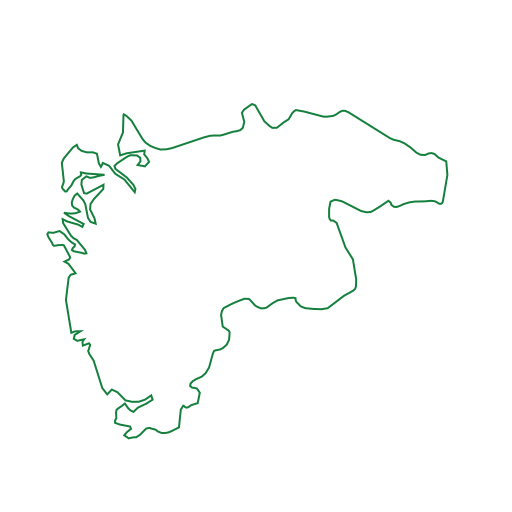 SVG path tracing the border of Vest-Agder, rotated 81°
{"feature_id": "NOR-916", "entity_name": "Vest-Agder", "entity_type": "County", "adm_level": 1, "iso_a3": "NOR", "parent_name": "Norway", "parent_adm1": "", "projection": "orthographic", "projection_center": [7.224, 58.601], "detail": "fine", "context": "isolated", "style": "outline", "palette": "green", "viewbox_px": 512, "rotation_deg": 81, "n_neighbors": 0, "source": "natural_earth", "source_scale": "10m", "svg_char_len": 4328}
<svg xmlns="http://www.w3.org/2000/svg" viewBox="0 0 512 512"><g transform="rotate(81 256 256)"><path d="M416.3,402.8L416.0,404.5L416.0,408.4L416.2,410.2L412.5,414.2L409.7,410.9L407.2,406.5L404.7,407.1L401.1,417.0L398.7,421.3L396.4,420.9L394.3,419.3L388.6,418.7L386.2,417.8L385.3,416.6L383.2,412.2L381.2,408.6L386.3,406.1L388.7,404.3L390.8,401.4L387.3,396.4L384.7,387.5L381.7,380.6L377.3,381.3L380.5,388.0L381.6,394.5L380.7,401.0L378.2,407.5L368.8,414.2L365.4,419.3L369.4,424.6L362.3,428.5L334.0,432.7L326.9,435.9L323.6,436.6L317.9,433.7L316.1,434.6L317.4,441.0L314.2,440.9L312.8,440.3L311.4,438.8L311.8,445.8L309.3,448.9L305.6,447.5L302.9,441.1L302.2,445.6L302.3,447.6L303.0,450.4L269.7,450.6L248.0,444.4L245.5,441.9L244.9,436.9L234.4,442.4L231.6,446.0L230.1,441.1L228.2,439.7L215.4,444.1L214.7,445.5L214.7,447.0L214.6,448.1L214.3,449.8L214.4,452.2L214.2,454.2L212.8,455.1L211.4,455.3L204.8,458.1L201.9,458.7L200.2,457.3L201.4,452.6L200.6,446.1L204.7,441.9L210.3,438.8L214.1,435.6L216.3,432.9L218.0,433.6L219.5,435.7L221.3,436.9L222.8,435.3L225.6,427.7L226.8,425.3L226.8,423.1L223.3,423.9L212.2,430.4L209.9,433.4L207.0,435.6L193.5,441.3L189.4,441.2L192.4,437.0L197.2,426.7L200.1,423.0L197.4,421.2L187.3,434.6L183.2,438.9L184.5,434.9L185.3,431.3L185.5,427.5L184.6,422.9L182.5,424.3L179.5,428.4L177.3,429.7L174.6,429.6L171.2,428.1L168.1,425.8L166.3,422.8L174.1,417.8L178.1,416.5L192.0,416.0L196.4,414.1L199.0,409.3L193.7,409.6L184.0,412.6L178.7,411.3L174.3,407.1L166.0,396.4L161.8,395.5L167.9,413.5L167.0,416.0L158.1,417.3L153.6,416.1L150.8,411.1L152.9,407.7L152.9,403.6L152.3,398.7L152.1,392.9L148.0,410.6L146.0,415.9L148.6,415.9L149.9,417.6L150.7,420.1L151.9,422.7L153.8,424.7L157.4,427.3L161.0,431.5L162.6,432.9L162.4,434.4L159.1,436.6L157.4,436.8L153.8,434.7L151.9,434.1L133.5,433.2L129.6,430.6L120.2,419.9L118.2,415.6L121.7,414.9L124.8,411.9L127.1,407.1L128.1,400.8L130.1,397.1L139.9,396.7L143.7,395.3L141.2,393.3L140.1,392.8L143.9,387.0L152.7,382.2L159.9,374.0L174.0,365.8L170.9,364.6L166.5,366.0L158.3,371.3L148.0,381.2L145.0,381.7L142.8,378.8L137.8,367.9L136.8,364.3L138.0,358.0L140.8,355.0L144.4,355.3L147.6,358.7L150.1,351.7L146.3,346.9L142.3,348.1L138.2,350.5L134.5,349.5L134.3,367.7L135.4,374.4L124.2,374.8L113.2,368.1L95.9,364.8L95.4,364.5L97.2,362.2L102.7,357.9L122.2,350.0L124.6,348.7L127.1,347.0L130.8,343.1L133.6,338.5L135.9,333.7L136.6,327.8L136.3,322.1L130.6,288.2L130.1,282.5L130.4,278.7L131.4,272.9L131.2,269.6L129.7,259.7L129.7,256.0L129.3,252.0L127.4,249.0L121.7,246.6L112.4,247.5L109.6,245.0L105.3,236.2L107.1,233.2L124.2,226.7L129.6,222.4L132.0,219.8L132.6,215.3L128.2,207.5L126.1,202.4L120.6,197.9L119.1,195.9L118.1,193.8L120.8,186.0L128.9,167.6L129.5,163.9L129.7,158.0L128.7,154.6L126.9,150.9L126.1,148.2L126.5,145.4L128.4,142.3L160.6,105.2L162.7,101.9L165.1,96.1L167.9,91.8L173.1,86.3L178.9,81.5L181.7,77.8L182.7,73.2L181.7,69.3L181.8,66.4L183.2,63.7L187.3,60.4L192.3,53.3L205.9,54.3L231.1,62.8L232.7,63.7L233.4,65.1L233.1,66.7L231.4,68.8L229.9,70.8L228.9,74.4L228.4,81.0L227.1,90.5L227.0,95.9L227.8,102.0L228.9,105.7L229.6,109.3L229.0,112.0L226.8,114.2L224.3,114.7L222.2,116.6L226.3,125.3L229.5,132.9L230.5,135.9L230.1,140.0L228.0,145.2L215.5,162.4L213.8,166.4L212.8,169.4L214.0,173.9L220.8,176.4L228.9,177.7L231.1,177.4L232.7,176.5L233.1,174.1L235.9,171.2L261.6,166.3L274.5,160.8L294.9,160.7L301.9,162.1L304.1,163.4L305.4,165.4L309.0,175.2L318.8,193.4L318.8,199.7L317.3,207.5L315.2,215.6L313.0,219.3L311.5,220.7L310.3,221.3L308.1,223.0L307.0,223.5L305.9,223.7L303.8,223.6L303.0,225.9L302.6,230.4L303.2,241.6L305.2,247.0L308.6,253.6L308.9,256.1L308.5,259.3L306.4,262.7L304.8,264.6L298.5,268.7L297.2,270.0L296.4,274.3L298.4,283.4L299.8,288.4L302.4,296.1L304.9,298.2L308.7,299.7L320.5,299.9L325.6,294.5L327.4,294.0L334.6,295.7L339.1,298.9L341.7,303.0L342.7,306.1L342.9,310.9L343.2,312.3L345.7,313.9L358.8,319.8L363.8,324.1L366.7,328.5L368.2,334.3L369.7,338.0L371.8,340.6L374.1,341.4L376.0,339.7L376.8,337.0L377.7,335.1L382.2,332.9L392.2,336.6L392.9,341.4L393.3,343.7L394.0,344.9L394.8,346.8L394.9,348.4L394.2,349.6L393.1,350.4L392.5,351.3L396.0,354.3L413.2,358.9L415.8,366.9L416.6,370.5L416.6,373.0L416.1,376.8L414.4,379.7L413.4,381.0L412.5,381.6L412.0,382.2L411.2,383.6L410.3,386.0L409.2,387.7L409.1,389.8L409.3,391.5L414.5,398.6L416.3,402.8Z" fill="none" stroke="#15803d" stroke-width="2"/></g></svg>